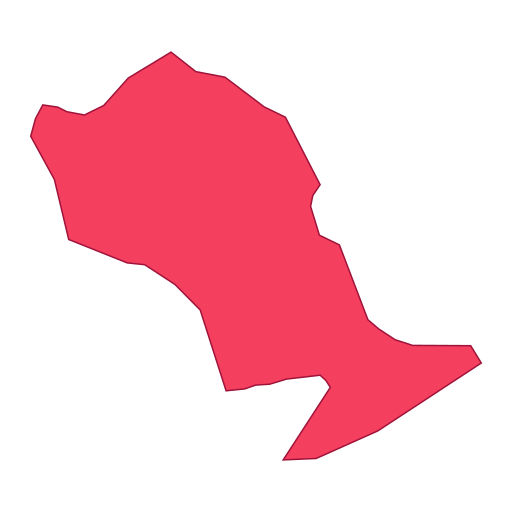 an SVG outline of Kozje
{"feature_id": "SVN-957", "entity_name": "Kozje", "entity_type": "Municipality", "adm_level": 1, "iso_a3": "SVN", "parent_name": "Slovenia", "parent_adm1": "", "projection": "natural_earth1", "projection_center": [15.563, 46.062], "detail": "fine", "context": "isolated", "style": "filled", "palette": "rose", "viewbox_px": 512, "rotation_deg": 0, "n_neighbors": 0, "source": "natural_earth", "source_scale": "10m", "svg_char_len": 623}
<svg xmlns="http://www.w3.org/2000/svg" viewBox="0 0 512 512"><path d="M84.4,115.0L103.7,105.5L128.3,78.0L171.0,52.1L195.8,71.6L225.0,77.2L264.2,106.9L285.4,117.2L320.1,184.7L312.8,195.5L310.6,206.4L319.4,235.2L339.4,244.9L367.9,319.7L378.5,328.8L395.1,339.7L412.6,345.4L470.7,345.7L481.3,363.0L377.8,430.9L316.1,458.5L283.2,459.9L330.3,387.4L326.0,380.6L320.1,375.2L286.5,379.1L269.7,384.2L255.5,385.1L244.8,388.9L226.1,390.8L200.2,310.0L175.0,284.5L144.7,264.7L127.2,262.9L68.7,239.5L54.4,179.5L30.7,136.2L35.5,118.6L42.8,104.9L57.7,107.1L66.9,111.7L84.4,115.0Z" fill="#f43f5e" stroke="#9f1239" stroke-width="1.5"/></svg>